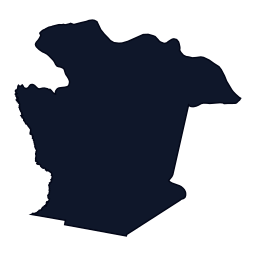 Zárate, Buenos Aires, Argentina
{"feature_id": "61730980B39719981669742", "entity_name": "Zárate", "entity_type": "district", "adm_level": 2, "iso_a3": "ARG", "parent_name": "Argentina", "parent_adm1": "Buenos Aires", "projection": "orthographic", "projection_center": [-59.227, -34.003], "detail": "fine", "context": "isolated", "style": "filled", "palette": "ink", "viewbox_px": 256, "rotation_deg": 0, "n_neighbors": 0, "source": "geoboundaries", "source_scale": "gbopen_adm2", "svg_char_len": 5461}
<svg xmlns="http://www.w3.org/2000/svg" viewBox="0 0 256 256"><path d="M31.5,214.4L65.5,220.3L64.7,224.6L126.3,235.9L126.7,234.4L180.1,200.1L180.7,199.5L181.4,199.1L183.6,198.4L184.9,197.3L185.2,196.7L185.6,195.2L185.6,193.5L185.5,192.6L185.2,191.6L184.3,189.8L183.0,188.3L181.1,186.7L179.4,185.8L171.9,183.1L170.2,182.1L169.4,181.4L168.7,180.4L171.7,176.7L172.3,175.6L172.8,174.4L188.6,104.7L189.0,105.0L189.5,105.8L190.8,106.4L192.3,106.6L193.6,106.6L196.2,106.0L198.3,105.1L201.2,103.5L203.6,103.0L207.0,103.1L209.7,103.4L220.1,102.6L222.6,102.8L223.3,103.0L224.1,103.5L224.8,103.5L228.0,103.3L232.4,103.3L235.3,103.2L235.9,103.1L236.7,102.6L238.5,100.8L239.2,100.3L239.6,99.9L240.6,98.3L239.2,97.5L235.7,94.4L233.1,91.7L231.8,90.0L226.6,81.3L224.4,75.8L221.2,69.7L218.9,66.7L214.0,63.6L209.1,60.1L203.6,57.5L200.8,57.0L196.2,57.6L192.4,57.9L188.7,57.0L186.0,56.6L183.4,55.3L180.8,52.4L179.5,50.0L179.8,49.0L179.8,47.2L179.1,43.8L178.5,41.9L176.6,39.6L173.9,38.9L172.7,39.1L171.5,39.6L168.5,41.5L166.6,43.0L164.1,43.5L160.3,42.0L158.5,40.5L158.2,39.9L155.1,36.6L153.1,35.8L148.2,34.4L143.2,34.6L127.9,41.4L122.1,43.1L118.9,43.3L113.9,42.7L110.3,40.6L108.1,38.1L104.2,34.1L100.7,29.7L96.9,21.7L94.4,20.4L92.4,20.1L89.1,20.5L86.3,21.5L81.1,22.7L73.8,24.6L70.6,23.4L69.4,23.9L65.7,24.8L64.8,24.8L63.3,24.4L62.0,24.8L59.4,24.7L58.4,24.8L52.4,26.3L51.6,26.7L49.0,27.2L45.6,28.9L44.8,29.5L43.4,30.0L42.3,30.7L40.1,32.7L39.9,33.4L40.1,33.9L40.7,34.6L40.7,35.9L39.4,38.4L38.1,40.3L36.5,42.1L35.7,43.5L35.5,44.5L35.8,45.6L36.4,46.7L38.9,49.2L39.8,49.9L42.6,51.8L44.3,52.5L47.0,54.0L48.8,55.5L52.3,59.1L53.4,60.3L54.1,61.3L54.7,62.3L55.7,64.4L57.1,66.1L58.6,66.6L59.9,66.8L61.2,67.2L62.9,68.0L63.4,68.4L64.2,69.2L65.4,73.2L66.0,74.6L67.4,76.6L68.7,78.8L69.5,80.9L69.6,82.1L69.4,83.4L68.9,85.1L68.4,85.9L67.3,86.7L64.7,87.3L61.7,87.6L58.9,88.0L57.7,88.6L57.0,89.2L55.8,90.9L55.4,92.3L55.4,93.5L55.5,94.0L54.5,93.8L53.7,93.4L52.8,92.5L51.3,90.6L50.0,89.4L49.6,89.4L49.1,89.7L48.9,89.7L47.5,88.8L44.3,88.1L42.6,88.2L39.6,88.9L38.4,88.8L37.5,88.3L35.8,86.7L34.6,85.5L33.4,84.8L32.4,84.5L31.1,84.6L30.4,84.9L29.4,86.0L28.5,87.5L27.0,88.4L26.5,88.5L25.4,88.4L24.2,87.9L23.7,87.4L22.8,85.7L22.5,85.5L22.3,85.0L22.0,85.1L20.8,86.2L20.3,86.3L19.8,86.3L19.3,86.0L18.8,86.1L18.6,85.9L18.7,85.6L18.5,85.3L18.3,85.5L17.8,87.0L17.8,87.4L17.9,87.9L17.6,88.6L16.8,89.9L16.4,90.1L15.9,90.1L15.5,90.6L15.5,91.4L16.1,92.3L16.0,92.8L17.0,93.4L16.5,93.8L15.4,94.0L15.4,94.3L16.0,94.3L16.4,94.7L16.3,95.3L15.9,95.9L16.0,96.1L16.5,96.7L17.1,96.8L17.1,97.0L16.8,97.3L16.8,97.6L17.0,97.7L17.8,97.4L18.0,97.4L18.3,97.9L18.2,98.3L17.6,98.0L17.3,98.2L17.7,98.4L17.8,98.8L17.8,99.1L17.2,99.3L17.3,99.6L17.5,99.7L17.7,99.9L17.6,100.1L17.1,100.1L16.6,99.9L16.3,99.9L16.3,100.0L16.6,100.4L17.8,100.3L17.9,100.7L17.4,101.2L17.4,101.6L17.9,101.7L18.5,101.5L19.0,102.0L18.5,102.6L18.4,102.8L18.6,103.1L19.3,103.2L19.7,104.2L19.7,104.9L19.4,105.5L19.3,106.1L19.6,106.5L19.6,106.8L19.2,107.4L19.6,107.7L19.6,108.4L19.9,109.0L19.9,109.6L20.3,110.0L20.5,110.6L21.0,111.8L21.3,112.1L21.9,112.4L21.9,112.8L21.6,114.0L22.6,115.1L22.7,115.5L22.1,115.6L21.1,115.7L21.8,116.7L22.4,117.9L23.4,118.1L23.6,118.7L23.9,118.9L24.0,119.3L23.7,119.8L23.8,120.5L24.0,120.8L24.4,120.8L24.5,120.9L24.7,121.4L25.2,122.0L25.2,122.6L25.6,123.0L25.9,123.8L26.2,124.0L26.9,123.9L27.2,124.2L27.5,124.9L28.1,125.6L28.3,126.2L28.9,127.0L29.7,127.4L29.7,128.0L30.6,128.9L30.6,129.8L30.8,130.3L30.6,130.7L30.6,131.6L30.4,131.9L30.7,132.3L30.7,132.7L30.7,132.9L30.1,133.1L30.3,134.1L32.0,134.5L32.2,135.1L32.4,136.0L33.1,136.2L33.2,136.4L33.0,136.7L32.8,136.8L32.6,137.0L32.7,137.7L32.5,138.2L33.5,139.2L33.7,139.8L33.6,140.5L34.1,140.8L34.1,142.3L34.2,142.5L34.5,142.9L34.5,143.1L34.4,144.0L35.0,144.6L34.9,146.9L35.4,147.5L35.6,148.5L36.5,149.9L36.6,150.5L36.6,151.1L36.2,151.5L36.1,151.8L36.0,152.8L35.7,153.6L35.8,154.6L36.1,155.3L36.1,156.6L35.8,157.2L35.9,157.7L35.8,158.2L35.6,158.8L35.8,159.8L35.6,160.8L35.7,161.1L36.3,161.5L36.9,161.5L37.3,162.2L37.6,162.2L37.8,162.4L37.4,163.0L36.9,163.4L36.8,163.6L37.1,163.9L38.0,164.3L39.5,164.3L40.1,164.6L40.3,165.1L40.7,165.5L40.8,166.3L41.6,167.0L42.0,167.5L43.2,168.2L43.6,168.2L44.0,168.0L44.7,168.1L45.3,168.5L45.5,168.8L45.5,169.7L45.8,169.8L46.7,170.8L47.1,170.8L47.3,170.7L47.3,170.2L48.1,170.1L49.0,171.2L49.8,171.4L50.2,172.1L51.3,172.4L51.4,173.1L51.7,173.6L51.6,174.0L51.9,174.7L51.9,175.0L51.6,175.3L52.1,175.6L52.1,176.0L52.4,176.3L51.9,178.3L52.2,178.7L51.7,179.1L51.5,179.5L51.0,179.6L51.0,179.8L51.5,180.6L51.3,181.9L50.8,182.1L50.0,182.9L49.6,183.0L49.7,183.6L49.7,184.0L49.1,184.6L48.9,185.1L48.9,185.6L49.4,186.7L49.3,187.5L49.5,188.6L49.2,190.3L49.3,190.4L49.6,190.6L49.6,190.9L49.5,191.1L49.5,192.0L49.2,192.8L49.3,193.9L49.2,194.1L48.5,194.4L47.8,195.8L48.2,196.6L48.1,197.4L48.2,197.9L48.5,198.1L48.7,198.4L49.4,198.9L49.0,200.6L48.5,201.1L48.2,202.0L47.8,201.7L47.3,201.6L46.8,201.8L46.7,202.1L47.3,202.4L47.4,202.8L47.2,202.9L46.7,202.7L46.4,202.9L46.4,203.2L46.8,203.8L46.8,204.2L46.1,204.5L45.9,204.6L45.9,204.8L46.4,205.0L46.4,206.1L45.9,206.3L45.4,206.1L45.2,205.8L44.7,205.7L44.3,206.0L43.6,207.1L42.9,207.2L42.5,207.5L42.6,207.8L42.4,208.2L41.8,208.7L41.6,209.1L41.7,209.6L41.5,209.9L41.0,210.1L40.6,210.0L40.1,210.1L39.1,210.4L38.6,211.4L37.9,211.6L37.5,212.0L37.2,212.3L37.5,212.8L36.0,212.8L35.6,213.2L35.5,213.5L34.8,213.4L33.1,213.5L32.6,213.4L32.4,213.6L32.4,213.9L32.3,214.1L31.5,214.4Z" fill="#0f172a" stroke="#020617" stroke-width="1.5"/></svg>